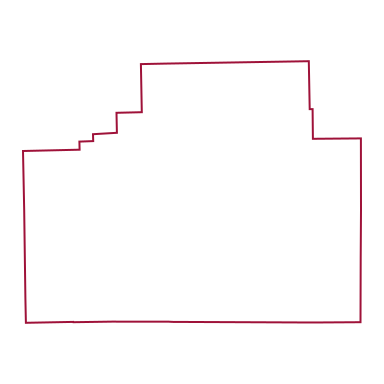 McLean, Illinois, United States of America (Mercator projection)
{"feature_id": "52423323B64474423593150", "entity_name": "McLean", "entity_type": "district", "adm_level": 2, "iso_a3": "USA", "parent_name": "United States of America", "parent_adm1": "Illinois", "projection": "mercator", "projection_center": [-88.926, 40.519], "detail": "fine", "context": "isolated", "style": "outline", "palette": "rose", "viewbox_px": 384, "rotation_deg": 0, "n_neighbors": 0, "source": "geoboundaries", "source_scale": "gbopen_adm2", "svg_char_len": 472}
<svg xmlns="http://www.w3.org/2000/svg" viewBox="0 0 384 384"><path d="M73.4,322.2L113.7,321.6L120.9,321.7L169.0,321.7L172.6,321.9L312.7,322.5L360.5,322.2L360.7,258.2L361.0,210.3L360.9,138.4L312.9,138.8L312.6,109.1L309.7,109.1L308.8,61.2L164.9,63.6L140.9,64.1L141.8,112.2L116.5,112.8L116.9,132.8L93.0,134.2L93.2,141.1L79.4,141.6L79.6,149.7L70.7,149.9L23.0,151.0L24.2,210.7L25.4,298.5L25.9,322.8L73.3,321.9L73.4,322.2Z" fill="none" stroke="#9f1239" stroke-width="2"/></svg>